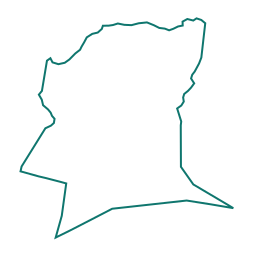 Maribondo, Alagoas, Brazil, rotated 91°
{"feature_id": "56859067B82733946406585", "entity_name": "Maribondo", "entity_type": "district", "adm_level": 2, "iso_a3": "BRA", "parent_name": "Brazil", "parent_adm1": "Alagoas", "projection": "equal_earth", "projection_center": [-36.32, -9.554], "detail": "fine", "context": "isolated", "style": "outline", "palette": "teal", "viewbox_px": 256, "rotation_deg": 91, "n_neighbors": 0, "source": "geoboundaries", "source_scale": "gbopen_adm2", "svg_char_len": 1044}
<svg xmlns="http://www.w3.org/2000/svg" viewBox="0 0 256 256"><g transform="rotate(91 128 128)"><path d="M168.3,233.7L173.2,234.7L177.9,216.6L179.5,209.2L183.1,194.3L184.5,188.8L217.0,192.7L238.8,198.4L231.4,184.0L214.2,152.0L209.0,142.4L199.5,68.1L202.9,43.7L206.3,21.3L203.3,26.5L190.8,48.5L183.3,61.7L165.9,74.4L124.4,75.3L120.6,74.9L107.6,79.2L104.6,75.1L100.6,72.7L96.5,73.4L93.0,72.4L89.9,68.7L86.6,65.7L82.2,62.6L77.4,65.8L73.6,64.7L70.4,62.3L62.3,58.1L56.3,55.9L21.9,52.6L18.7,56.6L17.2,61.4L19.4,64.6L18.0,70.6L20.7,75.3L24.6,75.1L25.6,79.7L28.0,84.4L29.6,88.6L28.0,92.9L27.4,98.5L24.8,103.9L22.1,110.9L23.1,119.1L25.1,126.3L24.9,133.5L23.7,140.0L25.3,144.8L26.0,149.1L26.2,154.9L29.4,155.9L33.1,159.9L34.5,165.4L38.1,170.8L43.2,173.4L47.4,175.8L50.6,177.3L54.4,182.0L60.5,187.8L63.9,192.4L65.4,198.7L63.7,204.6L59.6,206.8L62.1,210.2L92.4,214.7L96.2,217.7L101.2,214.7L106.7,213.3L110.8,208.3L114.0,205.6L117.2,204.2L120.1,201.6L124.3,202.2L127.0,205.1L129.7,210.6L168.3,233.7Z" fill="none" stroke="#0f766e" stroke-width="2"/></g></svg>